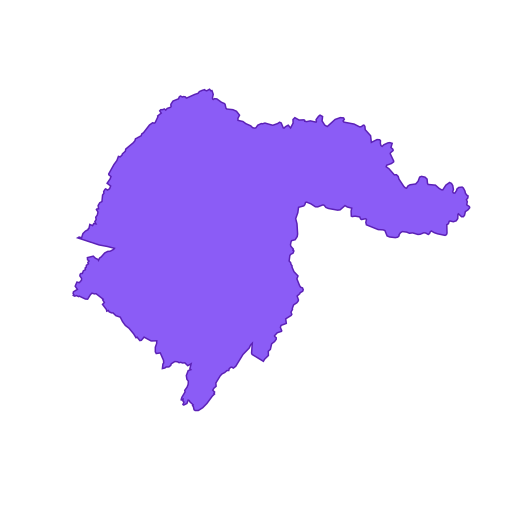 the district of Kota Sukabumi, Jawa Barat, Indonesia, rotated 207°
{"feature_id": "22746128B82825120895999", "entity_name": "Kota Sukabumi", "entity_type": "district", "adm_level": 2, "iso_a3": "IDN", "parent_name": "Indonesia", "parent_adm1": "Jawa Barat", "projection": "mercator", "projection_center": [106.928, -6.936], "detail": "fine", "context": "isolated", "style": "filled", "palette": "violet", "viewbox_px": 512, "rotation_deg": 207, "n_neighbors": 0, "source": "geoboundaries", "source_scale": "gbopen_adm2", "svg_char_len": 6113}
<svg xmlns="http://www.w3.org/2000/svg" viewBox="0 0 512 512"><g transform="rotate(207 256 256)"><path d="M255.4,93.7L253.9,93.1L253.7,90.5L252.7,90.4L250.6,93.2L251.0,96.8L249.8,96.9L248.9,96.1L244.4,94.8L244.6,93.9L243.5,93.4L241.4,90.9L240.0,90.7L237.2,92.2L234.6,96.6L232.8,102.3L231.3,111.4L230.3,114.2L231.1,114.5L231.1,116.0L233.6,116.8L233.5,119.0L232.4,121.8L234.1,124.6L233.5,132.9L232.7,135.6L231.0,137.9L229.9,140.7L228.3,141.6L228.7,143.5L228.0,145.3L227.1,146.0L225.3,145.8L224.0,148.5L222.9,162.3L220.3,170.8L220.4,174.5L219.7,176.6L215.9,167.5L214.8,166.5L201.6,165.5L201.5,167.9L199.8,173.0L201.8,176.7L200.8,179.3L202.2,184.9L200.6,188.2L200.2,191.0L200.9,192.4L202.9,192.8L203.3,193.4L202.2,197.3L199.1,200.4L199.1,201.0L201.9,203.5L202.2,205.5L198.4,209.7L201.0,213.5L197.7,219.0L197.6,220.3L199.1,221.6L199.4,222.6L199.2,224.8L199.9,226.0L200.3,229.5L198.4,232.8L198.0,234.9L198.2,236.1L201.2,239.0L199.9,242.3L200.0,243.3L198.4,245.8L198.6,247.4L200.1,248.7L202.2,248.5L203.8,249.5L209.2,254.2L209.5,257.3L215.1,259.3L218.8,262.4L219.5,263.7L221.0,264.4L222.1,265.8L224.2,266.6L226.1,271.9L225.7,273.5L224.3,275.3L224.5,277.5L224.9,278.0L225.7,277.9L225.9,279.1L229.4,280.5L230.4,281.7L231.2,284.5L231.3,285.8L228.5,288.3L228.1,292.0L228.9,294.5L234.1,303.3L237.6,307.3L238.4,313.6L240.2,318.7L236.2,322.3L235.8,323.9L236.2,326.2L235.3,327.0L230.7,327.4L225.4,326.8L223.2,327.9L219.5,332.0L218.1,332.1L215.8,331.0L213.1,331.2L204.1,333.9L202.0,335.3L199.6,341.3L196.9,341.1L192.4,342.1L191.7,339.3L189.2,334.8L188.2,334.8L185.8,336.5L181.3,337.9L179.6,336.5L178.5,336.4L175.4,338.9L174.2,338.8L173.4,335.8L171.8,333.9L159.1,335.0L154.6,337.0L152.7,337.2L148.3,333.4L145.6,333.6L140.2,335.6L138.3,337.1L137.7,338.9L138.2,340.0L137.8,342.4L136.7,344.2L132.6,345.7L129.6,345.9L127.0,347.7L121.5,348.7L119.6,349.9L117.0,352.9L115.3,353.5L112.3,353.4L111.6,354.8L111.7,356.8L111.1,357.9L107.8,357.7L104.3,358.2L96.9,360.2L96.0,361.5L96.2,363.1L100.2,370.5L99.2,372.1L99.6,374.6L99.0,375.3L95.7,376.1L93.6,378.2L93.2,380.9L95.0,384.8L94.8,385.5L90.7,384.3L89.1,385.1L88.7,386.9L89.6,390.6L88.1,393.3L87.5,396.0L88.3,396.9L91.5,397.3L92.4,400.3L94.1,401.7L93.6,403.9L94.3,405.8L96.0,406.0L98.0,407.1L99.3,408.7L102.1,410.7L103.6,411.0L106.5,409.1L107.4,406.8L107.0,405.5L107.4,402.3L108.8,401.8L109.9,402.5L110.3,404.9L112.7,408.1L114.8,409.4L116.9,409.4L119.0,405.4L119.6,399.7L120.8,399.2L123.6,399.4L128.3,400.6L135.1,397.9L136.2,398.6L138.5,402.2L141.2,403.0L144.7,402.1L146.0,400.6L145.5,396.1L146.4,392.7L151.1,389.4L152.4,387.4L152.6,384.8L153.9,384.5L155.9,385.1L163.5,389.4L165.5,391.5L167.8,392.2L169.6,391.1L177.1,394.1L180.5,394.6L180.8,396.2L177.3,399.9L176.1,402.3L176.4,403.1L182.9,408.1L183.0,409.1L181.7,412.2L182.4,413.2L185.0,414.0L185.8,418.2L188.2,417.8L189.8,416.7L192.6,413.2L193.4,410.9L194.8,411.1L196.4,412.9L197.4,415.2L198.6,415.7L201.0,414.7L204.8,409.6L208.5,415.2L216.0,418.1L217.8,420.9L219.1,421.6L219.8,421.3L220.9,419.1L222.2,418.1L228.5,418.1L238.4,415.2L239.7,415.8L239.4,417.9L240.7,418.8L243.7,417.6L247.5,413.6L251.3,403.7L254.1,403.8L258.4,406.3L260.0,410.5L262.9,410.6L263.7,408.9L264.3,405.3L264.3,404.5L263.4,403.7L263.3,402.5L268.9,401.1L272.1,398.6L273.8,398.2L274.2,399.0L275.1,399.1L279.3,396.7L284.2,396.9L285.0,394.4L283.3,391.3L283.3,385.8L286.7,387.2L288.5,384.5L288.9,382.9L289.8,382.5L294.0,386.0L295.7,385.9L296.8,383.9L300.4,380.1L308.4,378.5L310.3,376.7L311.4,376.4L313.8,373.4L314.3,370.1L315.5,369.2L317.3,368.8L319.8,369.6L325.1,369.3L328.7,369.9L333.6,368.7L334.6,370.3L334.6,374.0L339.1,376.1L343.0,375.9L348.7,373.7L349.9,374.1L352.5,377.2L353.5,377.5L356.6,377.3L362.2,378.2L364.5,377.3L365.0,376.1L365.5,376.0L366.5,376.9L367.5,380.6L369.6,382.7L370.4,383.4L371.2,382.7L373.1,383.5L374.9,380.8L376.8,380.5L377.3,380.9L379.1,379.2L381.1,376.8L381.5,374.6L384.0,372.1L389.3,365.5L389.8,365.1L391.1,365.7L392.9,365.2L393.7,364.3L396.0,364.2L396.6,362.8L396.4,360.9L400.3,356.4L400.7,352.9L400.5,351.8L399.6,351.1L399.6,349.8L402.1,347.2L402.7,345.0L404.5,345.4L405.5,344.1L407.3,343.1L407.7,341.6L405.3,340.3L407.2,336.1L406.6,335.5L406.4,329.0L407.1,328.1L408.6,327.8L410.4,324.4L412.2,314.8L413.2,313.0L412.9,311.0L416.6,305.7L416.2,303.7L416.8,301.1L420.6,292.2L420.0,290.0L421.4,286.3L421.2,285.1L422.0,282.7L423.8,282.3L423.3,277.9L424.1,273.0L424.5,262.2L423.9,261.5L421.3,261.0L421.0,258.5L421.7,253.2L417.3,252.4L417.0,249.4L418.3,247.3L420.4,247.6L420.8,246.8L421.0,244.3L420.0,242.8L420.4,240.7L418.0,234.6L419.4,232.5L419.6,229.3L417.7,226.6L419.2,225.6L419.3,224.9L417.1,223.7L416.6,222.9L416.0,220.4L416.4,217.8L415.0,215.9L415.2,213.4L413.2,212.0L415.3,211.3L415.4,208.9L418.4,208.7L417.4,204.9L417.8,204.3L417.6,203.3L419.3,200.7L420.4,197.4L419.7,193.1L422.2,192.6L423.1,191.2L400.9,194.6L392.8,197.0L385.6,198.6L385.8,197.4L388.1,194.0L390.2,192.8L392.2,190.0L393.5,184.9L394.4,183.3L394.4,180.6L395.2,181.2L398.1,181.1L400.9,182.0L405.5,178.0L404.4,176.2L402.5,175.7L402.9,173.9L401.8,173.0L402.9,170.7L402.2,168.8L402.8,167.7L401.8,166.4L403.1,164.4L402.8,161.6L404.0,161.0L404.4,159.9L403.9,158.3L401.3,156.9L400.5,155.2L401.4,152.0L403.7,151.5L403.4,147.0L400.0,145.2L402.4,141.2L401.9,139.5L400.7,138.7L400.9,137.9L399.3,137.9L398.1,139.2L395.6,139.3L395.2,140.0L388.5,140.2L386.4,141.1L386.0,146.3L385.3,148.4L382.7,148.9L381.4,149.8L372.5,148.1L372.7,147.3L370.0,145.7L370.8,143.2L365.0,140.4L363.9,139.1L362.8,140.4L361.5,139.6L359.0,139.7L357.6,140.4L353.7,139.2L349.2,139.9L345.2,137.0L340.9,134.8L336.4,134.0L329.7,131.1L325.8,128.7L325.1,129.7L321.1,127.9L319.9,128.8L318.9,132.9L310.9,132.7L305.9,135.4L304.8,132.9L304.3,129.0L302.2,124.9L300.6,123.8L297.3,126.2L291.0,121.0L289.7,118.8L289.9,117.5L288.3,113.2L286.3,114.9L285.7,116.3L283.3,117.6L282.3,119.8L282.6,121.5L280.4,125.1L278.0,126.1L276.1,126.0L274.8,127.1L272.9,127.3L271.0,128.5L267.0,127.3L264.9,130.5L263.7,125.4L262.5,125.1L264.4,123.1L263.8,117.8L261.6,114.8L259.5,113.8L258.2,110.9L257.9,107.9L258.5,103.9L257.5,102.7L257.9,96.5L257.5,94.1L257.2,93.8L256.0,95.3L255.4,93.7Z" fill="#8b5cf6" stroke="#5b21b6" stroke-width="1.5"/></g></svg>